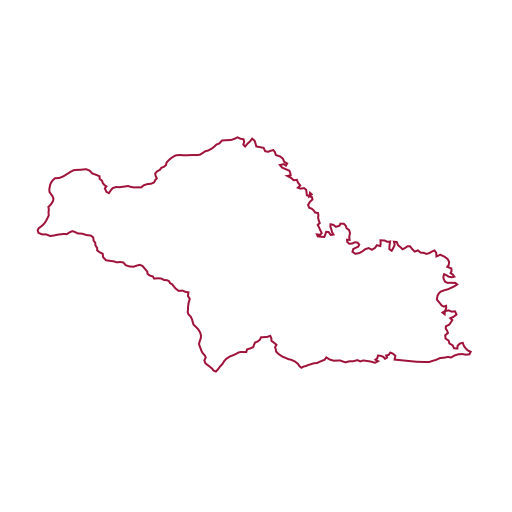 the district of Rio Negrinho, Santa Catarina, Brazil, rotated 93°
{"feature_id": "56859067B35225019314359", "entity_name": "Rio Negrinho", "entity_type": "district", "adm_level": 2, "iso_a3": "BRA", "parent_name": "Brazil", "parent_adm1": "Santa Catarina", "projection": "robinson", "projection_center": [-49.598, -26.45], "detail": "fine", "context": "isolated", "style": "outline", "palette": "rose", "viewbox_px": 512, "rotation_deg": 93, "n_neighbors": 0, "source": "geoboundaries", "source_scale": "gbopen_adm2", "svg_char_len": 5799}
<svg xmlns="http://www.w3.org/2000/svg" viewBox="0 0 512 512"><g transform="rotate(93 256 256)"><path d="M301.2,64.5L298.0,63.3L295.8,63.6L296.7,65.9L295.6,68.1L293.3,70.1L290.1,73.1L286.5,72.7L284.1,71.7L281.9,69.7L280.3,66.0L279.1,62.4L277.6,59.6L276.0,56.5L273.9,53.6L272.4,55.5L272.5,59.2L272.8,63.4L271.8,65.8L269.3,67.3L267.2,67.8L264.3,67.2L265.3,64.6L266.6,62.4L267.0,59.2L266.2,56.9L264.1,58.7L263.0,60.8L260.6,59.9L258.2,60.3L256.8,64.4L255.0,63.1L251.8,62.8L249.0,64.5L246.9,67.6L245.1,72.0L247.0,75.8L243.4,76.2L241.1,78.0L242.2,80.3L244.1,83.2L245.0,86.0L244.1,88.5L244.0,91.8L241.9,94.6L243.3,97.7L241.0,100.3L238.2,102.8L238.4,105.3L240.3,107.7L241.6,110.0L239.8,112.0L237.9,114.6L234.7,116.2L234.5,119.0L237.4,118.1L239.9,118.9L243.7,120.8L242.2,123.2L237.9,123.2L234.5,122.8L235.0,125.5L233.8,128.3L233.8,132.5L237.0,132.2L239.6,132.4L238.9,135.9L241.6,137.5L243.7,140.5L242.2,144.0L243.6,147.5L245.5,149.6L247.6,152.8L248.6,156.9L246.8,159.9L244.0,159.3L242.5,156.7L241.4,154.5L239.2,153.5L237.3,155.3L237.1,157.9L238.6,160.8L238.9,163.5L237.2,165.6L235.0,165.9L235.0,163.4L231.8,163.9L228.3,163.3L225.4,164.3L223.5,167.0L221.2,167.9L219.2,170.0L219.3,173.4L221.4,174.2L222.7,177.7L220.9,180.2L220.4,183.2L222.8,183.3L225.1,182.3L228.4,181.2L230.5,179.8L231.1,182.5L228.3,184.7L228.2,187.2L231.0,188.0L233.4,188.8L233.4,191.8L233.2,195.3L231.2,196.3L231.5,193.0L229.7,191.6L226.8,193.2L224.2,194.5L221.7,196.0L219.8,194.1L216.4,195.5L214.2,196.0L212.1,195.8L209.8,196.4L209.5,199.3L207.4,200.8L205.8,202.9L205.1,205.3L202.3,206.7L199.1,205.0L196.6,202.6L194.4,203.1L193.5,205.9L192.7,208.4L190.1,208.8L187.2,209.4L185.7,211.5L186.4,215.1L185.6,217.7L183.3,215.5L180.4,218.0L177.8,219.2L178.4,222.2L176.2,225.0L174.4,228.9L173.6,225.6L171.1,226.2L169.1,227.1L167.7,230.9L166.3,234.6L163.9,236.9L162.8,233.1L164.2,230.9L162.0,229.7L160.4,232.8L157.3,234.3L155.4,237.0L154.1,241.5L151.2,242.6L149.3,244.3L150.2,247.0L151.3,249.3L150.9,252.3L147.6,254.1L147.1,257.6L146.6,261.4L144.2,262.2L141.0,263.4L139.0,266.0L141.8,267.9L144.3,270.4L147.2,272.6L145.4,274.5L142.7,273.8L140.1,274.5L139.7,277.6L138.5,280.7L139.7,282.8L141.2,286.2L141.7,289.0L141.9,291.8L142.4,295.9L145.5,298.5L146.8,301.4L148.8,303.2L151.0,305.7L153.3,309.5L154.0,312.1L155.8,314.5L157.8,317.3L158.3,320.2L158.4,323.0L158.6,326.5L159.1,330.8L159.2,334.3L159.1,337.2L159.7,341.4L161.7,344.6L163.9,347.2L167.0,350.0L170.1,350.8L171.9,352.9L172.9,355.2L175.1,356.6L176.6,359.2L178.9,361.0L181.1,360.5L183.6,359.1L185.4,360.6L187.8,361.6L189.3,364.5L190.0,368.7L191.4,372.0L193.5,374.2L193.6,377.3L193.9,381.5L193.5,384.9L192.8,387.3L193.3,390.0L193.9,392.9L194.4,395.6L194.5,399.6L195.7,402.7L197.8,404.3L200.9,406.2L199.8,408.7L196.4,410.5L194.3,409.0L193.1,411.1L191.2,412.8L188.9,413.7L187.1,416.2L184.6,416.4L183.4,419.6L182.1,423.9L179.5,426.5L178.2,430.2L179.0,435.3L179.4,439.5L179.9,442.6L181.5,445.4L183.0,447.5L184.8,450.1L186.8,453.0L188.4,456.6L188.9,460.9L191.2,463.1L193.3,464.4L195.6,465.3L197.8,465.6L200.0,465.9L202.8,465.6L204.7,464.2L206.8,462.4L209.3,461.3L211.8,461.6L214.0,462.8L215.9,464.0L217.8,465.9L220.5,465.3L223.3,465.5L226.5,465.1L229.2,466.3L232.0,467.5L234.6,469.1L237.2,471.5L239.5,474.3L241.6,475.4L244.3,474.4L245.6,470.8L245.4,466.7L246.8,462.5L246.0,458.5L245.0,454.9L244.6,452.3L244.0,449.2L244.1,446.1L242.2,443.5L240.8,440.8L241.4,438.3L242.8,435.2L242.8,430.7L244.0,426.2L244.2,422.1L246.0,419.5L249.1,419.0L251.3,417.2L253.8,416.9L256.4,415.0L258.7,414.9L260.4,412.4L261.8,409.2L265.2,408.6L268.1,405.6L268.5,401.6L268.8,397.8L269.6,394.7L269.1,391.3L269.4,388.2L272.1,385.5L273.1,381.5L273.1,377.7L271.8,374.5L270.9,371.6L271.9,368.8L274.9,366.0L277.2,363.8L279.6,363.3L281.1,361.0L281.8,358.0L283.9,356.5L283.4,353.0L283.4,349.6L284.8,346.6L284.8,343.7L285.7,341.5L287.5,340.5L288.7,338.2L290.5,336.6L292.7,334.6L294.9,331.4L294.4,327.6L295.6,324.2L295.8,321.6L299.5,321.9L302.2,319.9L306.1,320.8L310.2,321.2L313.1,321.1L315.6,321.3L317.8,320.4L320.0,318.0L322.9,316.5L325.3,315.7L327.8,314.8L330.1,312.1L332.3,309.8L335.3,307.8L338.2,306.8L340.8,306.8L344.2,307.8L346.8,308.3L348.9,307.6L351.0,306.6L353.2,305.7L355.6,304.3L357.9,302.0L359.9,300.9L363.0,302.1L365.7,301.0L367.3,298.8L369.0,296.3L370.7,294.0L372.6,292.4L373.5,290.0L371.1,288.0L368.2,286.1L365.5,283.8L362.7,282.3L360.4,280.5L357.7,276.8L356.2,273.5L354.8,270.7L353.4,268.7L352.6,266.0L352.6,263.2L352.4,260.7L349.7,260.0L348.6,256.9L347.1,254.0L344.5,253.2L342.5,252.5L341.3,249.9L339.5,247.8L336.9,246.7L336.7,244.3L336.2,240.5L335.0,237.6L337.2,236.4L340.0,236.1L342.0,233.0L343.6,230.9L346.1,232.2L348.3,231.3L350.5,230.9L352.9,228.0L355.1,224.4L356.2,221.1L357.3,218.4L357.8,215.4L359.3,211.6L361.5,208.5L363.8,206.8L365.2,204.8L363.9,202.6L363.2,200.3L362.0,197.9L361.2,195.5L360.1,192.6L359.7,189.5L358.5,187.3L357.2,184.7L356.1,182.1L353.6,180.5L355.5,177.1L356.5,172.9L356.2,169.7L355.9,166.6L356.8,163.8L357.5,161.0L356.3,157.4L356.0,153.4L354.7,149.3L355.8,146.3L354.7,143.4L355.0,140.0L355.4,135.8L356.4,131.6L354.6,128.6L353.3,131.3L351.7,129.5L349.0,129.0L349.2,125.9L350.1,123.5L351.9,121.8L350.5,119.8L348.5,120.8L347.9,118.4L345.4,116.8L346.3,114.3L348.3,111.6L352.2,112.2L353.2,90.3L353.0,80.7L352.8,77.5L351.6,74.5L350.3,70.7L348.3,66.9L347.6,62.3L346.7,59.0L347.2,56.1L344.9,52.4L343.6,48.9L343.1,44.8L343.6,41.2L343.0,37.7L340.4,36.6L339.1,39.8L337.0,42.0L334.9,43.7L331.9,45.0L332.8,47.9L335.1,50.0L337.9,50.1L337.8,53.4L334.9,55.0L333.2,58.3L330.4,59.2L328.5,62.4L325.3,62.9L322.8,60.3L320.5,61.3L318.6,62.7L316.3,62.7L314.3,59.3L312.3,58.1L309.7,56.6L307.9,58.7L306.4,55.6L304.0,52.7L300.9,54.3L301.3,57.9L300.2,60.8L301.2,64.5ZM301.2,64.5L304.3,64.6L302.7,66.8L301.2,64.5ZM193.5,205.9L191.5,203.6L190.1,205.4L193.5,205.9Z" fill="none" stroke="#9f1239" stroke-width="2"/></g></svg>